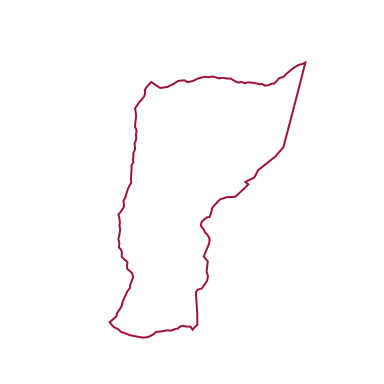 Alto Paraná, Paraná, Brazil (Robinson projection), rotated 195°
{"feature_id": "56859067B34813468974748", "entity_name": "Alto Paraná", "entity_type": "district", "adm_level": 2, "iso_a3": "BRA", "parent_name": "Brazil", "parent_adm1": "Paraná", "projection": "robinson", "projection_center": [-52.31, -23.07], "detail": "fine", "context": "isolated", "style": "outline", "palette": "rose", "viewbox_px": 384, "rotation_deg": 195, "n_neighbors": 0, "source": "geoboundaries", "source_scale": "gbopen_adm2", "svg_char_len": 2245}
<svg xmlns="http://www.w3.org/2000/svg" viewBox="0 0 384 384"><g transform="rotate(195 192 192)"><path d="M237.8,44.8L232.7,41.3L227.6,40.3L224.2,38.4L220.3,38.3L214.9,37.6L210.1,37.9L201.8,38.6L197.2,40.3L195.3,41.9L192.2,44.7L190.4,47.6L186.4,49.0L184.1,50.2L180.2,51.9L176.2,52.7L172.7,55.4L170.4,56.4L168.7,59.0L165.9,60.5L163.3,60.5L158.5,61.5L155.8,59.1L154.4,62.2L152.5,65.0L155.6,76.3L162.3,96.1L161.3,99.1L157.5,101.4L154.4,110.1L154.8,114.9L157.3,118.8L158.8,129.0L164.0,132.7L162.1,146.8L162.9,151.4L165.8,154.5L168.8,156.3L170.9,158.8L174.8,161.7L175.0,165.6L172.9,169.0L171.0,171.4L168.6,172.3L168.1,178.4L168.5,181.3L167.3,184.3L163.0,192.1L159.4,194.5L156.7,196.2L152.6,197.3L148.8,198.8L141.3,210.9L139.6,213.9L143.0,215.6L135.5,222.2L133.8,230.2L120.8,247.7L115.3,259.0L115.6,312.8L116.0,346.4L118.4,344.3L121.7,342.5L125.1,339.1L127.6,336.0L131.7,330.2L133.3,326.9L137.2,324.6L139.2,320.6L140.8,317.9L143.2,317.2L146.2,314.7L149.1,313.6L152.0,314.5L154.5,313.5L158.3,313.6L163.4,313.0L166.4,312.4L169.1,310.7L172.7,311.2L175.4,309.7L178.2,309.9L181.4,310.8L183.9,311.6L186.8,310.8L191.6,310.3L195.6,308.7L199.4,308.9L201.9,308.9L205.9,307.1L209.1,306.8L213.0,304.7L216.2,302.7L219.2,300.0L222.3,298.1L224.9,297.0L228.4,297.9L231.2,296.9L234.1,295.6L236.1,293.5L238.3,291.1L240.7,289.2L243.0,287.1L246.9,285.4L249.6,284.3L253.5,285.5L259.9,287.7L261.5,284.6L263.1,281.3L264.0,278.4L262.8,274.8L263.0,271.8L264.4,268.6L266.0,265.5L267.2,262.1L268.7,258.1L267.3,255.2L265.7,251.1L264.9,245.8L264.0,240.4L261.4,237.1L261.0,232.7L259.9,230.2L259.6,227.3L260.1,224.0L259.0,221.3L258.1,218.7L258.7,214.2L257.8,211.5L257.5,208.3L256.4,205.8L257.3,201.9L256.4,198.8L255.6,194.8L254.3,188.6L253.1,185.3L254.0,181.9L254.7,178.3L254.9,174.3L254.9,169.8L255.9,165.9L253.9,160.4L254.8,157.2L255.9,153.9L257.2,151.2L255.3,147.7L253.8,144.0L253.4,140.9L251.7,137.2L251.0,131.2L250.9,127.4L249.0,124.0L248.2,119.5L245.8,118.0L244.3,116.0L243.1,111.4L240.0,109.4L236.3,107.8L235.8,104.7L234.8,101.2L232.1,99.8L228.9,98.2L226.8,94.5L227.0,91.7L227.6,87.5L227.2,83.1L228.7,79.5L229.1,76.9L229.6,74.2L230.2,70.5L230.7,67.1L230.3,64.0L231.6,59.5L233.0,55.7L232.8,52.5L235.1,49.0L237.8,44.8Z" fill="none" stroke="#9f1239" stroke-width="2"/></g></svg>